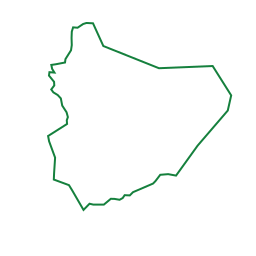 São João do Arraial, Piauí, Brazil, rotated 286°
{"feature_id": "56859067B50480600243719", "entity_name": "São João do Arraial", "entity_type": "district", "adm_level": 2, "iso_a3": "BRA", "parent_name": "Brazil", "parent_adm1": "Piauí", "projection": "natural_earth1", "projection_center": [-42.455, -3.821], "detail": "fine", "context": "isolated", "style": "outline", "palette": "green", "viewbox_px": 256, "rotation_deg": 286, "n_neighbors": 0, "source": "geoboundaries", "source_scale": "gbopen_adm2", "svg_char_len": 827}
<svg xmlns="http://www.w3.org/2000/svg" viewBox="0 0 256 256"><g transform="rotate(286 128 128)"><path d="M187.8,218.2L210.9,192.3L205.1,174.8L194.0,141.3L197.5,106.5L200.0,81.7L219.0,65.5L217.5,59.1L215.6,56.2L210.5,51.9L209.6,47.5L205.2,47.4L199.1,48.9L192.2,51.1L187.0,51.8L177.0,48.9L173.6,49.4L169.3,40.9L167.5,36.9L163.9,38.8L161.0,42.0L160.0,37.1L156.6,37.6L152.0,44.2L148.6,45.4L143.9,43.6L141.7,46.4L140.3,51.4L137.9,55.3L131.4,58.6L126.2,64.6L121.9,67.2L118.6,67.0L115.1,68.3L98.3,53.4L93.5,55.8L79.4,66.1L63.8,69.5L58.0,70.9L56.8,87.0L52.4,91.8L37.0,107.8L44.6,111.9L44.8,115.8L47.7,125.9L55.2,131.0L56.1,134.4L56.7,139.7L59.2,142.2L62.5,143.3L63.7,148.3L67.7,150.5L81.5,167.4L84.5,169.0L91.9,171.9L94.7,179.3L95.5,187.3L130.3,199.8L172.3,219.1L187.8,218.2Z" fill="none" stroke="#15803d" stroke-width="2"/></g></svg>